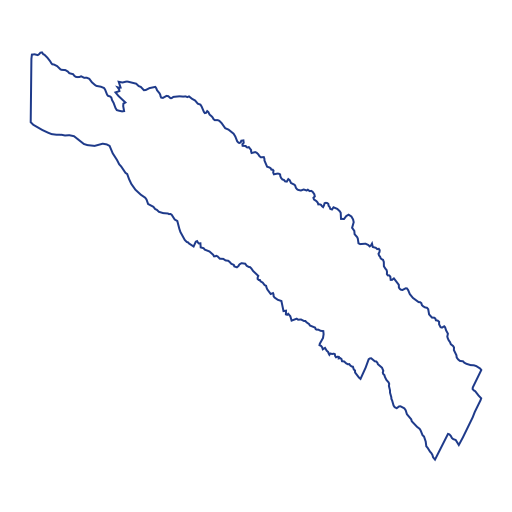 the district of Gatundu North, Central, Kenya
{"feature_id": "3690345B74397299237573", "entity_name": "Gatundu North", "entity_type": "district", "adm_level": 2, "iso_a3": "KEN", "parent_name": "Kenya", "parent_adm1": "Central", "projection": "equal_earth", "projection_center": [36.831, -0.916], "detail": "fine", "context": "isolated", "style": "outline", "palette": "blue", "viewbox_px": 512, "rotation_deg": 0, "n_neighbors": 0, "source": "geoboundaries", "source_scale": "gbopen_adm2", "svg_char_len": 6006}
<svg xmlns="http://www.w3.org/2000/svg" viewBox="0 0 512 512"><path d="M155.3,86.9L149.5,88.1L145.8,90.0L143.9,90.2L140.8,86.9L138.7,86.1L136.2,83.7L127.7,81.6L126.2,81.6L122.5,82.5L118.7,81.8L120.6,87.6L119.2,87.8L117.6,87.3L119.1,89.4L119.4,91.1L115.5,92.4L118.4,95.9L125.4,102.5L123.4,103.6L123.2,106.1L124.1,111.1L122.1,111.4L118.9,110.7L116.8,110.1L115.5,108.0L113.6,102.9L112.0,100.0L111.3,97.5L109.8,96.3L108.2,96.0L107.1,94.7L105.1,89.6L104.0,88.0L100.8,86.7L96.4,85.9L95.0,85.0L91.9,82.3L89.3,78.8L86.7,77.7L84.2,77.8L81.1,76.3L79.5,77.0L77.2,77.1L75.7,76.8L74.4,75.9L73.1,74.2L69.3,73.2L67.9,71.6L65.4,70.1L61.5,69.8L60.5,69.4L57.1,66.1L53.9,64.5L52.3,64.3L51.3,63.2L50.2,61.3L47.4,57.7L44.4,54.7L43.3,54.3L42.0,52.4L40.4,52.7L39.0,54.3L37.7,55.1L34.6,54.3L31.9,54.6L31.4,58.8L30.7,122.2L33.3,124.8L42.3,130.0L48.3,132.8L51.6,134.1L56.2,134.7L61.7,134.8L65.0,135.5L69.3,135.2L74.0,136.2L83.9,144.0L87.4,145.1L94.6,145.9L102.7,143.7L106.7,144.4L109.6,145.9L112.7,153.3L117.0,160.0L119.2,164.3L121.2,166.5L125.5,172.9L127.2,174.0L129.0,179.0L131.3,183.9L135.4,189.7L140.8,194.7L145.2,197.7L146.5,199.5L148.1,204.0L153.4,206.8L155.2,209.1L156.8,209.8L158.9,211.8L163.1,213.1L167.9,213.5L169.0,214.1L170.5,214.0L171.7,214.8L174.7,219.5L177.3,221.0L179.3,228.7L180.4,232.0L184.8,240.0L186.8,242.0L188.1,242.4L188.9,243.4L193.6,246.5L195.8,241.7L197.1,241.1L197.9,242.5L198.9,243.5L200.4,243.3L200.7,247.4L203.6,248.2L204.7,249.6L209.5,251.5L213.2,254.8L214.0,256.3L215.1,256.3L216.3,255.8L217.7,256.5L219.8,258.7L223.3,258.9L225.5,260.4L228.3,260.8L229.9,262.2L231.3,263.8L233.8,264.9L234.3,266.4L236.9,267.3L238.5,266.0L239.2,264.7L240.2,263.9L241.6,263.2L245.2,263.7L246.7,265.8L248.9,267.0L250.0,267.1L251.3,268.4L253.1,271.0L258.3,275.9L257.7,277.3L257.6,278.9L258.8,280.0L259.9,280.0L260.5,281.3L262.7,282.6L264.6,285.1L266.1,285.8L266.5,287.5L267.3,289.4L270.7,294.0L273.0,293.1L273.5,294.3L273.6,296.2L274.5,297.5L277.8,299.8L281.4,301.0L283.5,311.1L286.0,310.7L285.9,314.4L287.2,314.8L288.2,313.8L290.3,316.2L291.6,320.6L296.7,318.7L298.1,319.7L301.0,319.5L304.0,321.0L305.4,321.0L306.4,322.2L309.1,324.1L309.9,325.5L315.1,327.6L315.7,329.2L316.9,329.7L318.2,329.6L320.6,330.8L323.3,331.1L323.6,334.2L323.0,338.0L319.8,343.7L319.5,345.2L321.1,345.9L322.2,347.4L322.8,349.3L325.0,347.9L326.7,350.7L328.1,351.9L328.7,353.6L329.4,354.8L330.3,353.5L332.2,354.0L333.7,353.7L334.8,354.1L335.2,356.1L336.0,357.3L337.6,356.7L338.8,356.9L338.7,358.4L340.3,358.1L341.5,359.1L342.0,361.2L344.2,361.5L346.1,363.3L348.0,364.3L349.3,364.1L350.3,365.5L351.7,366.5L352.9,366.7L353.8,369.5L355.0,370.5L355.1,372.5L358.9,377.5L360.5,378.9L365.6,367.7L368.7,359.2L370.0,358.4L371.2,358.3L374.8,361.3L376.3,361.5L377.4,362.8L377.9,364.2L382.0,367.7L383.3,370.8L382.8,372.5L383.2,373.9L384.4,375.1L384.9,376.9L386.4,379.9L388.6,382.4L389.2,383.9L388.9,385.9L390.0,390.4L390.0,392.6L391.3,397.2L391.4,398.9L392.1,400.4L393.6,405.6L394.7,407.2L396.7,408.2L399.1,406.4L400.5,406.3L404.3,408.3L405.7,410.3L406.9,414.2L411.2,419.3L411.8,421.3L417.0,426.8L419.6,428.8L420.6,430.4L422.6,435.3L424.0,436.5L425.7,441.6L426.3,446.3L427.6,447.8L430.1,451.8L431.2,452.9L432.4,454.9L433.1,457.3L435.0,459.6L448.0,433.9L449.4,434.4L450.8,435.9L451.9,438.0L453.2,439.1L455.7,440.0L458.8,445.0L462.9,437.4L472.7,417.3L474.8,411.9L480.5,400.3L481.2,398.3L478.6,395.6L475.2,391.2L473.8,390.4L472.6,389.0L472.8,387.4L481.3,370.0L480.1,368.5L476.3,366.1L473.9,365.3L470.6,365.1L466.4,363.8L464.3,362.7L463.0,361.3L459.9,360.9L458.1,359.4L456.7,357.5L456.4,355.2L453.9,350.1L454.0,347.5L453.1,346.0L450.8,344.2L450.0,342.1L448.7,340.3L447.8,338.3L447.3,336.6L447.9,333.7L446.1,330.4L445.1,327.3L444.2,326.3L442.0,327.6L440.6,327.2L439.1,324.3L439.1,321.8L437.7,320.6L435.9,320.3L435.3,318.5L434.2,317.7L432.0,317.6L429.1,314.4L428.2,309.2L427.0,307.8L425.0,307.4L423.0,306.2L421.9,305.1L421.3,303.1L420.1,302.2L418.6,302.1L412.9,297.9L409.8,294.1L408.1,290.0L406.9,288.4L405.7,288.3L402.4,290.0L400.9,289.7L399.9,289.0L398.9,287.6L398.8,284.8L393.9,278.4L392.0,279.9L390.7,279.9L390.3,276.6L389.2,275.4L387.8,275.4L386.9,274.1L387.0,271.8L386.5,269.9L385.5,268.8L383.9,266.3L383.8,261.9L383.0,259.8L381.5,259.1L380.5,258.0L380.1,256.7L379.1,255.6L378.5,253.8L379.5,252.0L379.7,250.2L378.8,248.8L377.2,249.1L375.8,247.8L372.8,247.0L372.0,243.6L371.0,245.4L369.7,246.4L368.3,245.0L365.5,243.7L360.1,244.1L358.5,243.3L357.8,238.6L357.2,237.2L354.6,234.2L354.3,230.9L352.1,227.8L353.7,222.2L353.1,219.5L351.4,216.5L348.6,214.7L346.3,216.0L344.0,219.0L341.0,218.9L340.7,212.8L339.8,211.3L337.3,208.9L333.5,207.3L332.0,209.5L330.3,208.9L329.6,206.9L328.6,205.8L328.3,203.9L327.3,203.1L325.9,202.8L324.6,203.2L324.0,205.3L323.1,207.1L322.0,206.2L321.0,204.8L319.6,204.3L318.3,204.4L317.7,202.6L316.4,201.1L314.0,199.5L313.4,197.8L314.8,196.4L314.3,194.2L312.6,191.8L311.3,190.9L309.6,191.1L307.8,189.7L306.7,190.5L303.7,189.5L300.9,190.5L298.1,189.9L297.0,189.2L295.9,187.8L295.1,185.4L294.2,184.6L291.0,183.0L289.7,180.2L288.3,179.1L286.8,181.6L285.1,181.4L283.9,179.9L282.4,179.5L281.0,177.8L280.3,176.1L280.1,174.4L278.8,173.7L277.4,173.6L273.9,174.3L273.2,172.6L273.5,170.6L272.7,169.7L271.4,169.7L270.7,168.3L269.5,167.5L267.1,166.7L264.5,160.6L264.4,158.8L263.8,157.1L260.9,157.3L259.5,156.2L258.2,154.2L256.6,152.7L255.2,152.1L251.6,153.0L251.1,151.5L251.1,150.0L248.8,147.1L247.8,147.5L246.6,147.2L245.7,146.0L242.6,145.8L242.4,144.3L243.7,142.8L243.4,140.4L241.3,140.7L240.7,142.4L239.2,143.0L238.1,142.3L237.2,141.3L235.3,136.5L233.6,133.7L228.5,129.6L225.2,128.2L221.6,123.1L219.3,120.8L217.6,120.1L214.7,120.1L213.5,119.1L212.6,117.4L211.5,116.2L209.6,114.6L208.3,112.0L207.2,111.1L206.1,112.8L204.8,113.1L203.9,111.9L201.6,106.5L200.4,104.6L197.8,103.7L195.1,100.5L192.0,98.8L189.0,96.4L187.4,97.1L185.6,96.4L183.2,96.6L179.5,96.3L173.4,96.9L171.6,98.1L170.4,98.1L168.3,96.2L166.5,95.9L162.9,97.9L161.2,97.6L160.6,96.4L160.3,94.9L159.6,93.4L157.0,90.2L156.3,88.3L155.3,86.9Z" fill="none" stroke="#1e3a8a" stroke-width="2"/></svg>